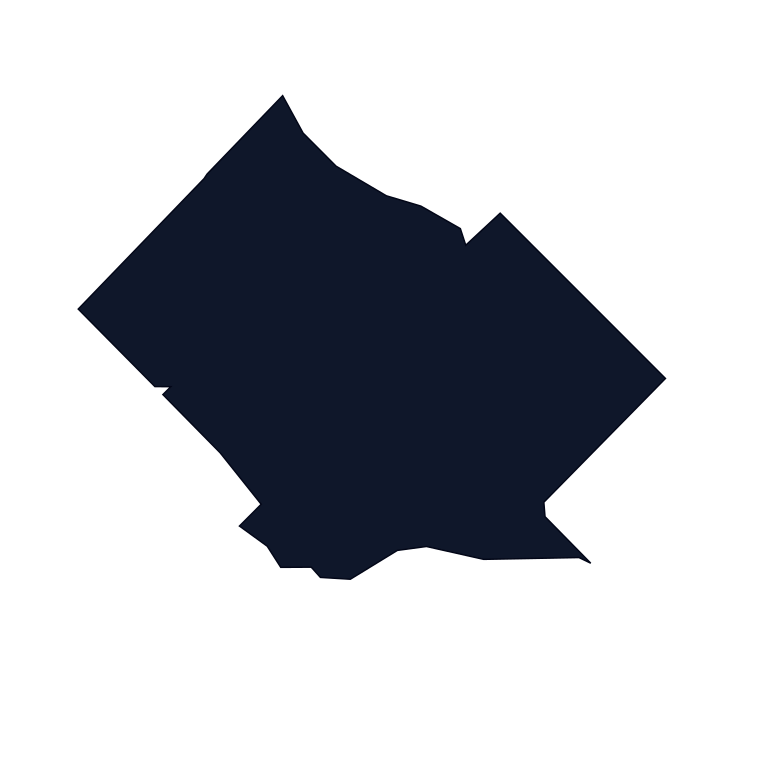 Terrell, Georgia, United States of America, rotated 134°
{"feature_id": "52423323B62158301450735", "entity_name": "Terrell", "entity_type": "district", "adm_level": 2, "iso_a3": "USA", "parent_name": "United States of America", "parent_adm1": "Georgia", "projection": "equal_earth", "projection_center": [-84.412, 31.794], "detail": "fine", "context": "isolated", "style": "filled", "palette": "ink", "viewbox_px": 768, "rotation_deg": 134, "n_neighbors": 0, "source": "geoboundaries", "source_scale": "gbopen_adm2", "svg_char_len": 543}
<svg xmlns="http://www.w3.org/2000/svg" viewBox="0 0 768 768"><g transform="rotate(134 384 384)"><path d="M247.0,657.2L355.7,657.1L361.4,656.1L542.5,656.0L545.0,547.0L534.0,535.5L545.2,535.7L547.3,454.1L555.8,388.8L586.6,389.3L581.8,355.3L587.6,330.9L566.3,309.1L567.3,295.4L547.8,272.6L494.4,258.8L471.4,240.6L440.9,190.5L373.4,123.2L369.3,110.8L367.6,176.0L358.0,186.9L184.5,185.4L180.4,419.1L227.4,421.6L219.2,437.0L230.4,481.0L247.0,513.1L260.6,569.8L259.7,616.5L247.0,657.2Z" fill="#0f172a" stroke="#020617" stroke-width="1.5"/></g></svg>